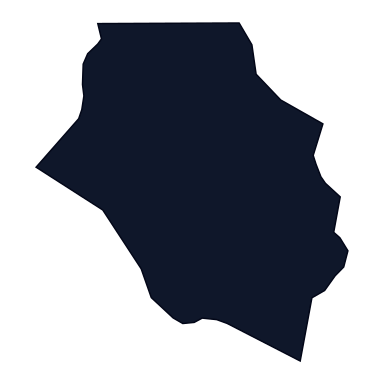 SVG path tracing the border of Vojnik
{"feature_id": "SVN-223", "entity_name": "Vojnik", "entity_type": "Municipality", "adm_level": 1, "iso_a3": "SVN", "parent_name": "Slovenia", "parent_adm1": "", "projection": "orthographic", "projection_center": [15.32, 46.313], "detail": "fine", "context": "isolated", "style": "filled", "palette": "ink", "viewbox_px": 384, "rotation_deg": 0, "n_neighbors": 0, "source": "natural_earth", "source_scale": "10m", "svg_char_len": 567}
<svg xmlns="http://www.w3.org/2000/svg" viewBox="0 0 384 384"><path d="M97.8,23.6L239.1,23.0L251.9,44.8L256.1,74.2L280.7,100.0L322.9,123.9L313.2,155.4L316.0,164.2L320.9,176.8L325.4,183.3L340.2,196.9L333.7,232.3L339.9,237.8L347.9,250.8L343.7,267.0L335.1,275.8L324.7,290.4L311.9,297.8L300.2,361.0L227.1,323.4L216.7,319.6L202.2,318.1L194.2,322.4L182.8,323.5L173.1,317.9L151.3,297.6L141.2,268.8L102.8,210.0L36.1,167.2L78.7,118.7L81.8,109.7L83.9,95.9L82.5,84.5L83.2,64.1L87.7,53.7L97.7,44.1L101.5,38.9L97.8,23.6Z" fill="#0f172a" stroke="#020617" stroke-width="1.5"/></svg>